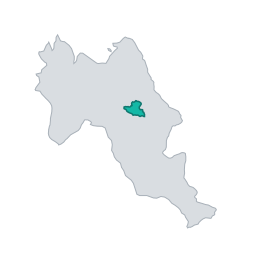 Ryongrim, Chagang-do, North Korea shown in context, rotated 99°
{"feature_id": "82179303B90804961571919", "entity_name": "Ryongrim", "entity_type": "district", "adm_level": 2, "iso_a3": "PRK", "parent_name": "North Korea", "parent_adm1": "Chagang-do", "projection": "orthographic", "projection_center": [126.759, 40.48], "detail": "fine", "context": "in_parent", "style": "filled", "palette": "teal", "viewbox_px": 256, "rotation_deg": 99, "n_neighbors": 0, "source": "geoboundaries", "source_scale": "gbopen_adm2", "svg_char_len": 4601}
<svg xmlns="http://www.w3.org/2000/svg" viewBox="0 0 256 256"><g transform="rotate(99 128 128)"><path d="M155.6,193.8L154.6,194.4L152.9,197.6L151.3,201.6L149.7,203.8L147.9,205.0L145.9,205.8L142.0,206.1L138.4,205.9L137.3,205.5L132.4,205.8L131.0,206.1L124.0,205.8L120.3,206.2L117.9,206.9L115.6,208.6L113.5,211.0L111.7,213.6L108.0,218.4L105.4,220.7L105.4,224.1L105.4,225.1L104.4,225.8L104.1,225.5L102.6,225.3L96.6,222.2L91.6,224.0L90.4,226.5L89.1,227.2L87.1,222.4L83.9,222.3L78.8,218.0L76.6,218.8L76.0,220.5L73.2,224.4L69.2,227.5L67.9,227.9L66.5,227.6L66.7,226.8L65.1,223.2L59.0,221.6L56.8,220.0L55.6,219.7L61.8,215.8L63.4,215.1L62.2,214.2L60.9,213.7L55.9,214.2L53.3,212.8L49.6,213.2L47.0,212.1L52.5,208.3L52.8,206.0L52.7,204.2L55.6,199.1L58.4,196.2L65.6,192.3L68.7,191.8L70.9,191.9L72.8,191.6L70.9,190.0L69.0,189.3L65.3,189.3L61.5,186.9L61.2,184.4L68.9,168.9L69.0,167.5L67.9,163.6L67.6,159.9L62.4,157.7L60.1,157.4L53.4,153.0L50.8,150.9L49.7,151.5L49.5,154.8L48.5,155.6L46.7,156.2L45.9,152.3L44.5,149.5L40.2,146.6L38.6,145.0L39.5,141.6L39.1,141.3L39.9,137.6L42.7,134.7L49.5,129.7L51.2,127.3L54.6,124.6L56.2,124.6L57.7,124.4L58.2,123.2L58.6,122.2L60.0,121.4L63.2,119.8L66.9,117.8L69.9,117.3L73.5,114.2L75.0,112.9L76.4,112.9L76.8,112.3L77.7,110.7L78.8,109.6L80.4,109.5L83.0,108.7L86.3,108.3L88.5,105.7L89.3,103.8L90.7,101.8L93.8,99.6L96.0,96.3L98.3,92.7L99.5,91.5L100.6,91.3L101.2,90.0L102.0,86.1L103.1,82.4L103.7,80.7L106.4,78.8L107.1,77.8L107.7,77.5L109.0,77.8L110.6,76.7L112.2,75.4L113.7,75.8L115.1,76.9L116.7,78.9L117.3,80.6L118.6,81.9L118.8,83.9L120.0,84.8L122.6,85.2L126.8,86.5L129.5,86.6L131.1,87.6L134.4,88.1L140.9,87.2L143.5,87.7L144.7,88.9L146.3,89.9L147.4,89.9L148.8,88.2L150.3,85.4L151.3,83.2L151.2,81.6L150.3,79.8L148.1,78.1L146.7,75.6L145.3,72.9L144.5,72.0L143.8,70.7L143.7,68.7L144.1,67.4L147.3,66.4L151.4,65.8L154.8,66.3L160.4,65.8L163.8,65.0L166.3,65.1L168.6,65.0L169.6,63.8L172.8,61.0L174.4,60.0L176.0,58.0L176.2,56.1L176.5,54.5L177.5,52.7L179.1,50.6L180.5,49.6L182.1,49.7L183.9,50.6L185.0,51.5L186.2,51.2L187.1,49.5L187.8,49.2L189.7,49.0L190.3,47.9L190.9,43.1L191.5,39.2L191.5,36.6L193.1,32.1L193.5,29.4L194.5,28.1L195.7,28.2L196.7,28.9L198.0,29.3L199.6,28.8L200.8,29.5L201.6,30.9L204.1,31.8L204.3,32.5L204.5,37.3L205.9,39.5L207.8,41.4L210.3,43.2L211.7,43.5L212.5,44.8L213.4,47.1L215.3,49.2L216.3,50.8L216.5,52.5L217.4,53.4L216.0,54.5L214.1,53.9L211.0,53.7L207.2,57.1L205.0,58.4L203.6,61.7L200.6,63.7L198.9,65.8L196.9,69.5L195.5,72.9L192.3,76.6L190.5,81.0L190.5,84.8L192.8,88.6L193.1,91.9L191.8,98.7L192.9,105.9L192.1,108.8L181.8,114.0L179.1,116.5L175.4,123.0L170.8,125.5L167.9,128.2L163.9,129.9L161.4,134.4L158.6,137.0L155.2,138.6L152.7,140.7L147.0,140.9L143.0,142.3L140.1,146.1L131.6,150.5L130.4,153.8L131.0,158.8L131.1,162.6L130.4,165.7L128.5,164.9L127.4,165.9L126.3,168.8L126.7,172.1L129.7,173.2L132.1,174.5L135.6,175.2L138.2,176.7L143.7,183.6L148.1,186.6L149.3,187.8L151.9,189.2L154.3,191.6L155.6,193.8ZM54.4,159.3L52.7,160.3L52.7,158.4L54.0,156.8L55.3,156.6L54.4,159.3Z" fill="#d9dde1" stroke="#a8b0b8" stroke-width="1"/><path d="M114.6,125.0L114.3,124.3L114.2,123.8L114.0,123.3L113.9,123.0L114.1,122.3L114.0,121.5L113.9,120.9L113.7,120.4L113.8,119.9L114.2,119.2L114.6,118.5L114.7,117.9L114.5,117.5L114.2,117.0L113.9,116.7L113.7,116.2L113.7,115.8L113.7,115.5L113.7,115.3L114.0,114.6L114.2,114.0L114.1,113.5L113.5,113.6L112.7,113.7L112.0,113.8L111.2,114.3L110.9,114.5L110.3,114.7L109.9,115.1L109.7,115.6L109.7,116.0L109.2,116.2L108.7,116.2L108.4,116.2L107.9,116.3L107.6,116.8L107.7,117.6L107.9,118.2L108.0,118.7L107.5,119.2L107.0,119.7L106.6,120.0L105.9,120.1L105.2,120.1L104.8,119.7L104.1,119.5L103.6,119.2L103.1,119.0L102.7,118.8L102.3,118.7L101.9,118.8L101.5,119.0L101.3,119.3L101.0,119.5L100.7,120.1L100.6,120.5L100.4,120.9L100.2,121.4L100.1,122.3L100.2,122.7L100.3,123.1L100.2,123.6L99.8,124.0L99.8,124.6L100.2,124.9L100.6,125.0L101.3,125.8L101.6,126.4L101.5,127.0L101.4,127.4L101.5,127.5L102.2,128.0L102.6,128.2L103.0,128.3L103.6,128.1L104.3,128.0L105.0,127.6L105.3,127.6L105.5,128.0L105.7,128.6L106.1,128.7L106.6,129.0L106.9,129.6L107.1,130.3L107.0,130.8L106.8,131.2L107.0,131.8L107.1,132.0L107.2,132.6L107.2,133.2L107.2,133.6L107.3,134.1L107.5,134.5L107.8,134.7L107.9,135.0L108.0,135.2L108.7,135.0L109.2,135.0L109.4,135.0L109.6,134.8L109.7,134.6L109.7,134.4L109.8,134.0L109.8,133.7L110.1,132.9L110.2,132.7L110.8,132.3L111.4,131.9L111.8,131.5L111.9,131.3L112.1,131.0L112.2,130.3L112.4,130.1L112.5,129.9L112.9,128.4L113.0,127.8L113.1,127.3L113.1,127.1L113.2,126.9L113.4,126.3L113.6,126.0L113.9,125.6L114.6,125.0Z" fill="#14b8a6" stroke="#0f766e" stroke-width="1.5"/></g></svg>